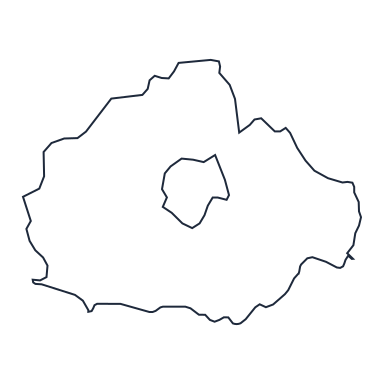 the border of Baranya
{"feature_id": "HUN-3155", "entity_name": "Baranya", "entity_type": "County", "adm_level": 1, "iso_a3": "HUN", "parent_name": "Hungary", "parent_adm1": "", "projection": "albers", "projection_center": [18.29, 46.076], "detail": "fine", "context": "isolated", "style": "outline", "palette": "slate", "viewbox_px": 384, "rotation_deg": 0, "n_neighbors": 0, "source": "natural_earth", "source_scale": "10m", "svg_char_len": 1692}
<svg xmlns="http://www.w3.org/2000/svg" viewBox="0 0 384 384"><path d="M88.3,311.8L88.3,310.1L82.9,300.7L75.0,294.9L41.6,284.3L35.4,283.9L33.2,282.4L32.7,279.7L40.1,280.4L46.5,277.1L47.5,265.6L43.1,257.5L35.3,250.3L29.6,240.9L26.4,228.9L30.8,221.0L23.0,196.8L39.3,188.6L44.1,176.3L43.6,152.0L51.5,143.0L64.2,138.5L77.5,138.1L86.0,131.6L111.3,98.6L142.4,94.9L147.7,88.9L149.6,80.3L154.7,75.8L161.7,78.0L168.7,78.4L174.0,71.4L178.6,62.9L210.7,59.9L218.9,61.4L220.1,66.5L219.3,72.9L229.7,84.9L235.0,98.9L239.2,132.6L249.8,124.9L254.5,119.5L261.2,118.3L274.8,131.4L280.2,131.4L285.7,127.9L290.1,132.9L297.2,147.9L305.5,160.6L314.4,170.7L328.0,178.2L342.5,182.5L347.5,181.9L352.4,182.7L354.2,186.9L354.2,192.4L358.7,202.0L359.0,211.4L361.0,217.2L359.0,225.6L355.3,233.2L353.4,245.2L347.2,253.2L353.0,258.8L351.8,258.9L348.2,255.7L345.5,259.9L344.3,263.5L343.1,266.3L340.2,267.9L336.9,267.5L326.0,261.8L312.4,257.2L307.3,258.3L301.1,264.5L300.1,266.5L299.3,271.3L298.6,273.7L298.2,273.8L294.1,278.4L288.2,290.2L284.9,294.2L273.1,304.5L265.9,307.2L259.7,304.3L255.3,307.3L245.7,319.2L240.5,323.3L238.5,323.9L236.6,324.1L234.7,323.9L232.9,323.4L228.3,317.4L223.9,317.3L219.4,319.9L214.6,321.7L209.9,319.9L205.2,314.8L198.9,314.7L190.5,308.3L185.4,306.7L162.8,306.7L160.4,307.4L155.6,310.9L152.6,312.0L149.4,312.0L120.6,303.9L101.6,303.8L97.1,303.8L94.5,305.2L93.2,308.3L91.6,311.1L88.3,311.8ZM226.6,199.8L229.0,195.1L224.9,179.8L215.1,155.0L203.7,162.1L193.1,159.7L181.6,158.6L170.6,166.4L164.8,173.4L162.0,189.2L166.9,197.4L162.8,206.9L171.7,212.8L182.4,223.4L192.2,228.1L199.6,223.4L204.5,215.2L207.8,205.7L212.7,197.5L217.6,197.5L226.6,199.8Z" fill="none" stroke="#1e293b" stroke-width="2"/></svg>